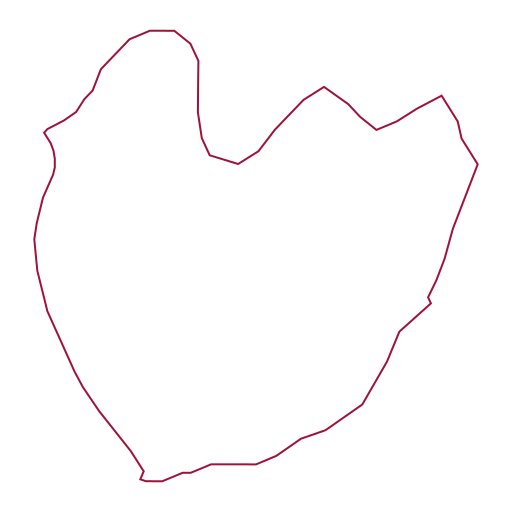 the district of Ichon, Kangwŏn-do, North Korea
{"feature_id": "82179303B59888018028618", "entity_name": "Ichon", "entity_type": "district", "adm_level": 2, "iso_a3": "PRK", "parent_name": "North Korea", "parent_adm1": "Kangwŏn-do", "projection": "albers", "projection_center": [126.851, 38.503], "detail": "fine", "context": "isolated", "style": "outline", "palette": "rose", "viewbox_px": 512, "rotation_deg": 0, "n_neighbors": 0, "source": "geoboundaries", "source_scale": "gbopen_adm2", "svg_char_len": 933}
<svg xmlns="http://www.w3.org/2000/svg" viewBox="0 0 512 512"><path d="M430.9,303.4L428.1,297.3L436.4,280.2L444.6,258.7L452.9,228.7L461.2,207.2L477.7,164.3L461.6,138.6L457.7,121.4L441.6,95.7L417.2,108.5L396.8,121.4L376.4,129.9L360.3,117.0L348.2,104.1L324.0,86.9L303.6,99.8L291.3,112.6L274.9,129.7L258.5,151.2L238.1,164.0L209.7,155.3L201.8,138.1L197.9,112.4L198.1,86.7L198.3,69.5L198.4,60.9L190.4,43.7L174.3,30.8L149.9,30.7L129.6,39.2L109.1,60.6L100.9,69.2L92.6,90.6L84.4,99.1L76.1,112.0L63.9,120.5L47.5,129.0L44.1,132.7L50.7,143.2L53.5,150.7L54.8,158.7L54.8,167.5L53.1,174.6L43.0,197.6L36.7,223.3L34.3,239.3L37.3,270.7L45.1,301.9L47.3,311.0L74.6,371.7L83.0,387.3L99.2,411.2L130.8,451.1L143.7,471.3L140.3,479.3L145.9,481.2L162.2,481.3L182.6,472.8L190.7,472.8L211.2,464.3L235.6,464.3L256.0,464.4L276.4,455.8L301.0,438.7L325.5,430.2L362.3,404.5L387.0,361.6L399.4,331.6L430.9,303.4Z" fill="none" stroke="#9f1239" stroke-width="2"/></svg>